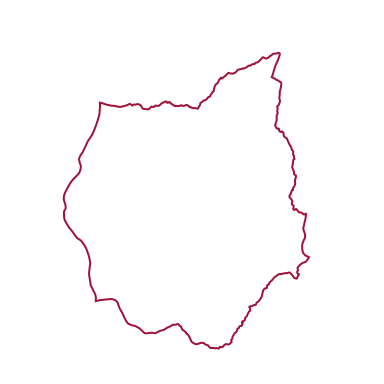 outline of Titiribí, Antioquia, Colombia, rotated 9°
{"feature_id": "7082276B91110424420481", "entity_name": "Titiribí", "entity_type": "district", "adm_level": 2, "iso_a3": "COL", "parent_name": "Colombia", "parent_adm1": "Antioquia", "projection": "robinson", "projection_center": [-75.783, 6.066], "detail": "fine", "context": "isolated", "style": "outline", "palette": "rose", "viewbox_px": 384, "rotation_deg": 9, "n_neighbors": 0, "source": "geoboundaries", "source_scale": "gbopen_adm2", "svg_char_len": 6021}
<svg xmlns="http://www.w3.org/2000/svg" viewBox="0 0 384 384"><g transform="rotate(9 192 192)"><path d="M292.4,185.0L290.6,183.0L289.4,182.3L288.8,180.7L290.0,177.9L290.3,174.8L291.3,174.4L291.4,174.1L291.1,172.5L292.1,170.5L292.5,168.8L292.6,167.2L292.1,165.6L291.8,164.0L292.2,162.8L292.1,161.6L292.3,160.3L291.9,159.3L290.3,158.6L289.9,158.1L289.7,156.5L289.4,155.7L288.4,154.3L287.1,151.8L287.2,148.4L287.0,144.6L288.0,143.5L288.0,143.1L287.2,142.0L287.1,140.2L285.9,139.0L285.8,137.1L285.7,136.4L285.2,135.6L284.1,134.9L283.0,132.2L280.6,129.5L277.4,124.5L276.7,124.0L275.3,123.4L274.4,122.8L274.0,122.3L273.4,120.9L273.1,119.3L273.0,119.1L272.6,118.8L272.3,118.7L271.6,118.1L271.2,118.1L271.1,118.5L270.7,118.7L270.2,118.8L269.7,118.7L268.8,118.2L268.4,117.5L267.9,115.9L267.2,115.8L266.8,116.1L266.0,116.1L265.4,115.6L263.7,113.3L263.8,112.0L264.3,109.0L264.3,107.4L264.2,106.2L263.7,103.8L263.7,102.8L264.4,100.5L263.5,98.9L263.5,96.6L263.4,95.7L262.7,94.5L263.6,93.1L263.9,92.9L264.7,89.3L264.6,88.2L263.4,85.1L263.5,82.7L263.2,81.3L263.1,78.8L263.4,74.1L263.3,71.2L263.0,70.3L262.6,69.7L261.2,69.3L259.6,68.3L258.0,68.1L256.3,67.2L252.8,66.1L253.3,63.9L254.1,57.6L254.8,53.4L256.3,48.3L257.1,43.1L257.2,42.1L257.1,41.7L256.6,41.2L255.7,40.9L253.3,42.2L251.6,42.4L249.8,43.5L248.9,44.8L247.7,45.6L247.0,46.7L244.9,48.5L243.9,48.6L241.5,47.8L240.8,47.9L238.5,51.4L237.2,52.9L236.1,53.9L235.2,54.1L234.5,54.5L234.0,55.5L233.6,55.8L231.7,56.3L229.4,58.3L228.6,58.2L228.1,58.5L227.0,59.7L223.8,62.1L222.3,62.1L221.1,63.0L218.7,63.8L218.0,64.3L216.6,66.6L215.7,67.6L215.1,68.1L213.5,68.7L211.9,68.9L209.5,68.6L208.2,70.0L207.0,71.8L203.8,75.2L203.5,75.1L203.0,74.7L202.7,74.6L202.1,75.9L201.5,76.5L201.0,77.6L200.8,79.0L200.3,80.3L199.7,81.2L199.0,81.7L198.3,82.9L198.0,83.8L197.8,85.0L197.8,85.9L197.5,86.9L197.6,87.9L197.7,88.4L197.7,89.1L196.4,90.4L196.2,91.6L195.1,93.3L194.9,94.9L193.4,95.6L192.7,96.6L192.3,97.6L191.5,98.4L190.9,99.3L190.7,99.5L189.7,99.5L189.2,99.8L187.8,101.5L186.4,102.8L186.3,104.7L186.1,105.5L185.4,106.5L185.1,108.3L184.7,108.8L181.2,108.7L179.8,109.1L179.4,109.1L178.0,108.4L176.8,108.6L176.2,108.4L175.6,107.6L175.1,107.4L174.1,107.2L173.3,106.8L172.9,106.8L172.1,107.2L171.0,108.1L170.4,108.3L169.7,108.4L167.5,108.0L166.7,108.7L165.5,109.2L164.5,109.2L162.0,109.8L160.5,109.4L157.8,108.1L157.3,107.8L156.0,106.7L155.4,106.8L154.8,107.4L154.3,107.3L154.1,107.7L153.7,107.7L153.3,107.5L152.4,106.7L152.1,106.6L151.7,106.7L150.3,107.8L148.5,108.7L146.1,111.8L145.6,112.0L144.8,112.4L142.6,112.3L142.3,112.4L141.0,114.0L140.3,114.1L138.8,113.9L138.6,114.0L138.3,114.3L137.5,115.6L136.3,117.0L135.3,117.3L130.6,117.5L130.2,117.3L128.3,115.0L127.5,114.2L125.0,113.6L124.2,113.8L122.3,114.6L120.9,114.7L120.5,115.0L119.9,115.8L119.2,115.7L116.9,114.7L115.9,115.2L114.4,116.4L108.8,118.9L107.4,119.3L101.0,119.1L98.5,119.4L96.0,119.1L94.0,119.1L88.8,118.2L87.0,118.2L87.7,121.6L88.4,129.8L87.5,137.2L85.8,146.0L84.1,151.7L81.1,158.4L77.9,169.5L76.1,173.3L75.5,175.5L75.3,176.7L75.5,177.9L76.7,181.0L78.1,183.5L78.3,184.7L78.3,187.6L77.8,190.2L76.8,192.2L71.8,199.4L70.0,203.1L67.5,209.9L66.6,213.1L66.2,215.0L66.2,217.8L66.7,219.9L68.9,224.4L69.5,226.1L69.7,227.9L69.5,229.1L68.9,230.3L68.6,231.6L69.5,236.5L70.4,239.1L71.9,241.4L74.5,244.5L76.4,246.5L80.9,250.6L82.7,252.6L86.0,255.6L88.9,256.8L90.3,257.7L93.4,260.7L96.9,265.2L100.2,271.5L101.0,273.3L102.6,278.2L102.9,287.2L103.2,289.4L103.6,290.8L106.6,300.0L112.4,308.2L113.3,310.3L113.7,311.8L114.0,314.8L118.3,313.1L128.9,310.3L130.6,310.3L133.5,311.0L136.0,312.9L136.8,314.8L138.9,318.5L142.8,323.3L144.5,326.1L147.2,329.8L149.5,332.0L153.3,333.0L156.8,333.2L160.4,334.4L161.7,335.0L167.2,338.8L168.8,338.8L174.0,337.3L176.7,337.3L177.5,337.3L178.3,336.9L181.9,334.3L185.0,332.9L186.2,332.2L188.7,329.9L191.9,327.9L193.5,326.3L196.1,325.7L198.8,324.6L199.4,324.8L200.6,325.9L202.2,326.6L203.4,328.8L204.2,329.6L205.5,330.1L207.5,331.3L208.8,332.9L209.4,333.0L210.8,334.0L212.9,336.6L214.8,339.7L215.7,340.4L217.8,341.3L219.3,341.7L220.8,341.5L222.2,340.8L224.2,339.6L225.0,339.4L226.8,339.4L228.1,339.8L229.6,340.7L231.7,340.9L233.9,342.9L234.3,343.1L235.9,343.1L237.4,342.6L239.4,342.8L241.0,342.2L242.6,342.5L242.9,342.4L243.2,341.9L243.8,340.6L245.9,340.6L246.3,340.4L246.7,340.0L247.6,338.4L248.3,337.6L249.0,337.1L249.7,336.9L252.1,336.9L253.2,335.9L254.6,333.9L253.9,332.5L253.9,332.0L254.7,330.7L254.7,328.6L255.5,326.6L256.3,324.8L257.6,323.4L258.1,322.1L258.1,320.3L258.4,319.8L259.3,319.4L259.5,319.1L259.9,317.4L260.7,316.7L261.6,316.6L261.9,316.4L262.2,315.8L262.3,314.6L262.7,313.7L262.6,313.4L261.8,313.1L261.8,312.4L262.6,311.3L263.1,311.1L263.5,311.1L264.0,310.7L264.2,310.0L264.3,307.8L265.4,306.4L266.8,301.6L267.0,301.1L267.7,300.5L267.9,299.9L268.0,299.2L267.9,298.7L267.7,298.1L266.6,296.8L266.7,296.5L267.0,296.0L267.6,295.7L269.2,295.3L270.6,294.1L272.4,293.5L272.8,293.1L273.1,291.4L273.4,290.9L273.9,290.6L274.8,289.5L276.7,286.0L277.3,283.8L277.6,278.4L278.1,277.1L279.3,275.7L279.8,275.7L280.7,275.3L281.0,274.7L280.8,273.3L280.9,272.3L281.1,272.0L282.0,271.7L282.3,271.4L282.6,269.5L284.3,267.4L285.9,264.9L286.5,263.7L290.1,260.0L291.2,259.4L293.9,258.7L296.8,257.5L298.0,257.5L300.2,256.4L300.7,256.3L301.3,256.4L303.5,257.9L306.1,260.7L308.2,261.2L308.8,261.2L309.2,260.9L309.3,259.9L310.5,256.6L310.2,256.3L309.3,256.2L308.7,255.4L308.5,254.9L308.3,254.5L308.9,252.5L308.2,250.8L308.1,250.1L309.8,247.4L311.7,245.3L312.6,244.5L313.8,244.1L315.3,243.0L316.6,240.8L317.8,238.1L315.3,237.3L314.0,237.0L311.5,235.0L310.9,234.3L309.8,231.0L309.2,228.0L309.1,226.2L309.9,222.1L310.7,220.0L310.7,218.2L310.3,216.2L310.0,215.5L307.9,211.7L307.6,210.7L307.9,205.0L308.3,200.1L308.0,195.7L307.7,195.7L306.7,196.5L306.0,196.7L305.3,196.5L304.4,195.6L303.8,195.4L301.8,195.2L300.6,195.3L298.2,192.9L297.7,192.6L297.1,192.6L296.0,193.7L295.0,193.4L294.6,192.9L294.7,190.6L294.6,189.9L294.2,189.3L293.0,188.9L292.5,188.2L292.3,187.4L292.6,185.7L292.4,185.0Z" fill="none" stroke="#9f1239" stroke-width="2"/></g></svg>